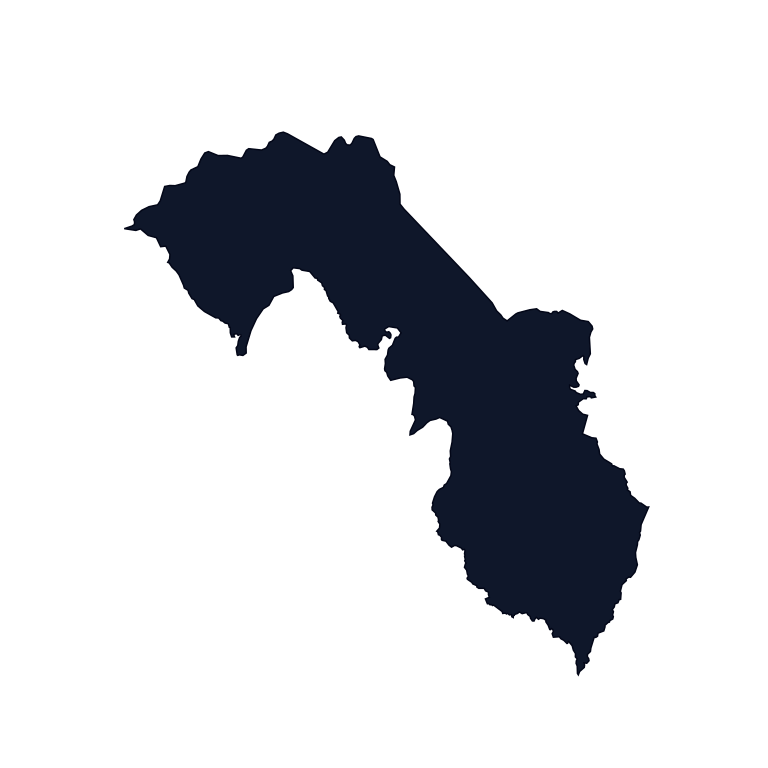 Motanasela, Berea, Lesotho (Mercator projection), rotated 194°
{"feature_id": "5366337B76858512274815", "entity_name": "Motanasela", "entity_type": "district", "adm_level": 2, "iso_a3": "LSO", "parent_name": "Lesotho", "parent_adm1": "Berea", "projection": "mercator", "projection_center": [27.805, -29.252], "detail": "fine", "context": "isolated", "style": "filled", "palette": "ink", "viewbox_px": 768, "rotation_deg": 194, "n_neighbors": 0, "source": "geoboundaries", "source_scale": "gbopen_adm2", "svg_char_len": 6158}
<svg xmlns="http://www.w3.org/2000/svg" viewBox="0 0 768 768"><g transform="rotate(194 384 384)"><path d="M474.5,607.7L477.5,607.1L479.4,608.1L481.5,611.0L485.2,613.4L487.5,612.3L490.7,608.2L494.7,595.3L497.9,592.5L538.1,603.4L542.6,604.0L546.5,602.0L549.2,599.5L550.1,594.9L551.3,592.7L553.8,590.7L554.6,586.4L555.7,584.2L559.4,581.4L572.2,579.6L574.1,577.5L575.9,570.1L577.2,568.5L591.2,567.9L600.2,565.5L610.6,567.0L613.8,564.8L616.0,558.1L617.2,549.8L623.1,545.0L624.3,542.5L625.4,537.7L625.1,532.2L625.7,530.9L634.6,525.9L639.8,524.8L644.6,522.6L645.4,507.6L647.0,503.1L654.9,499.2L661.2,493.9L665.1,488.1L666.5,483.0L665.2,480.9L664.8,478.3L666.7,476.3L673.6,471.9L661.9,473.0L657.8,475.6L648.8,471.1L640.2,470.9L633.9,463.2L629.1,465.0L623.0,457.9L622.3,453.4L623.3,449.7L621.7,449.5L617.8,446.0L613.0,443.4L609.3,440.3L602.5,431.5L601.0,428.8L596.8,427.5L595.4,424.9L590.9,420.4L588.6,420.1L583.5,414.7L575.8,410.9L563.3,407.5L560.4,408.1L557.5,406.0L555.7,406.0L553.0,404.7L549.6,404.8L547.8,401.6L546.9,401.7L545.5,396.5L543.2,392.8L540.4,393.5L541.9,395.7L539.8,396.9L538.8,397.0L537.3,395.9L535.7,397.1L534.6,396.9L534.2,395.9L535.3,394.3L535.7,390.2L535.2,385.9L536.2,383.3L533.5,376.8L532.8,376.4L531.5,377.3L527.8,377.6L525.2,380.7L526.8,386.6L526.0,403.6L523.5,416.6L519.4,427.7L514.7,432.5L512.1,442.3L504.5,447.8L498.9,450.6L496.5,453.2L495.4,455.6L498.6,466.9L502.0,471.3L500.2,474.8L493.6,475.6L491.2,474.6L483.3,475.2L476.5,470.2L474.4,470.4L473.4,468.7L468.9,467.1L467.5,464.5L465.0,463.2L464.7,461.3L462.8,460.6L460.0,455.8L458.7,455.0L458.3,453.6L456.2,451.3L452.9,450.4L446.0,443.2L446.0,441.5L443.9,441.3L442.8,440.4L443.3,439.1L442.4,437.5L439.2,435.6L439.5,433.9L438.7,431.9L435.7,433.0L434.6,432.1L434.5,429.4L432.6,424.7L429.5,422.9L428.7,420.3L425.2,418.2L422.2,419.4L419.5,418.9L416.9,416.2L417.1,414.1L416.2,413.4L411.7,416.1L409.0,415.6L407.0,413.8L399.2,415.7L397.7,417.7L399.3,420.0L399.7,421.6L397.3,426.4L397.4,430.3L394.5,431.7L389.7,429.6L388.8,430.5L389.1,433.3L390.2,434.8L392.0,435.9L393.6,435.0L395.0,435.1L396.6,436.6L396.5,437.7L393.3,440.9L384.6,441.6L379.8,437.8L381.3,433.0L383.2,432.5L384.2,431.0L385.2,423.6L387.9,419.9L388.2,418.0L387.6,413.0L388.9,408.2L387.6,404.1L387.1,398.8L386.3,397.1L384.2,396.0L382.3,392.7L378.4,389.2L369.7,393.8L363.2,396.2L357.4,394.9L355.8,393.5L354.4,389.4L352.7,388.3L351.6,382.4L351.7,378.7L350.5,372.4L349.5,361.3L348.2,361.3L346.6,360.2L344.8,356.7L347.1,344.5L346.5,340.9L343.2,343.0L340.5,347.0L336.0,351.5L333.1,356.7L330.5,359.8L325.0,362.6L321.9,365.0L313.4,363.3L311.9,360.5L308.7,358.7L306.8,355.7L305.3,352.6L303.9,344.1L303.5,335.1L301.8,329.8L302.4,327.1L300.8,323.9L300.8,322.5L299.0,318.0L297.4,315.2L296.9,311.2L299.2,302.5L301.1,300.5L301.3,298.1L304.8,295.1L306.4,292.5L307.7,286.8L308.1,280.1L307.1,278.5L307.6,276.1L306.8,273.5L302.7,271.3L302.1,269.4L299.3,267.8L298.1,265.0L298.2,263.7L295.9,261.6L295.3,257.7L297.2,253.9L296.2,253.7L294.7,250.9L293.5,250.9L291.1,249.3L290.7,247.2L289.9,246.4L285.9,246.5L282.0,243.4L279.0,242.0L276.6,244.3L274.8,244.7L269.2,243.5L267.6,242.1L266.0,243.0L265.1,242.1L264.8,238.6L263.8,237.5L264.2,236.5L262.7,233.4L262.9,232.0L261.0,229.9L261.5,229.2L261.6,225.6L258.7,223.3L257.1,219.7L255.6,218.0L256.4,215.7L255.8,214.7L250.8,212.8L249.5,211.5L245.2,210.8L244.7,209.4L242.6,208.7L237.4,210.0L235.4,207.9L232.2,207.3L231.8,205.1L230.2,202.5L233.6,200.0L230.5,195.8L229.3,196.3L227.7,195.4L226.4,196.0L225.2,195.3L224.1,196.0L214.3,191.8L213.3,190.1L210.9,191.0L209.5,190.5L208.4,191.4L206.5,190.3L204.4,191.1L203.7,189.1L202.1,188.7L202.5,190.3L201.6,191.0L201.5,192.0L198.9,193.7L197.5,195.6L194.4,194.6L190.8,196.5L189.8,196.4L188.8,195.1L185.9,193.8L185.2,192.2L182.7,190.0L181.1,190.3L180.6,192.9L179.7,194.4L177.2,193.1L175.8,194.6L172.4,194.9L169.7,193.9L169.4,192.4L166.3,189.6L163.8,185.9L162.9,186.0L162.5,187.2L160.8,186.7L159.8,184.7L160.4,182.4L158.4,179.3L152.7,181.2L150.7,179.6L147.5,178.8L143.7,176.5L143.1,176.8L143.1,178.7L142.6,178.9L138.1,175.6L135.9,171.6L133.0,168.8L132.3,165.5L130.0,164.0L130.4,161.8L130.0,159.4L128.3,157.1L126.3,150.0L125.1,148.8L124.6,152.4L121.1,157.5L121.4,159.9L122.5,161.8L119.7,162.1L118.1,165.1L119.0,167.1L120.6,168.5L121.2,170.8L119.0,174.4L119.4,177.9L118.8,189.0L117.2,189.4L115.8,190.9L116.1,194.0L111.0,197.6L110.8,201.9L111.3,203.2L108.9,206.8L107.7,207.5L107.6,209.1L105.2,211.3L105.2,213.8L106.3,215.1L106.3,218.6L107.9,220.4L106.6,223.4L106.8,226.5L104.1,228.3L103.7,231.6L102.3,232.3L103.4,238.7L104.5,240.0L104.5,246.9L101.3,251.8L102.0,253.4L99.8,255.9L98.0,256.1L95.0,262.2L94.4,269.9L97.7,276.6L99.2,281.3L99.2,289.2L99.8,292.4L99.0,294.5L98.8,299.4L100.1,301.6L99.5,303.3L100.5,309.8L97.4,328.7L99.3,328.1L105.9,330.6L107.5,330.3L113.1,333.8L117.7,335.6L119.2,339.0L122.2,340.1L122.2,341.9L124.4,344.3L125.0,346.0L124.3,347.6L128.4,351.6L128.8,353.7L128.2,354.9L129.8,357.9L131.3,359.3L134.9,358.8L141.2,360.3L142.6,359.7L143.8,361.6L152.5,364.3L157.8,368.2L159.5,372.5L162.9,377.4L162.9,379.4L165.2,382.7L169.4,382.1L179.4,383.7L178.9,402.8L183.9,402.8L188.8,405.4L192.3,409.2L190.5,410.9L191.0,413.3L187.2,417.9L184.2,418.6L183.9,420.7L180.5,421.7L179.5,420.7L175.4,422.6L176.8,424.0L177.0,425.5L178.7,426.4L181.8,425.7L185.3,426.7L187.5,426.3L188.2,422.5L190.8,421.5L195.4,422.2L196.8,423.4L201.9,424.0L203.0,425.4L203.6,427.8L199.1,426.8L196.8,427.4L194.7,428.8L194.5,430.3L198.2,433.6L199.0,436.1L198.2,441.2L199.3,442.8L202.1,444.4L204.5,448.2L204.5,450.1L203.7,451.9L204.1,454.0L200.8,456.1L197.8,459.7L196.7,458.9L196.1,456.1L193.8,452.5L192.1,451.9L192.1,458.6L191.1,463.2L196.0,479.0L195.8,484.5L194.8,487.9L196.1,490.5L200.9,494.0L208.7,493.4L220.7,497.0L228.8,498.5L232.3,494.9L234.0,496.2L236.1,495.7L237.5,494.9L238.3,492.9L240.2,492.4L241.6,493.1L250.1,492.2L254.1,493.9L260.5,491.3L271.3,485.4L273.0,483.9L279.8,475.0L284.5,476.7L287.4,479.3L292.4,482.2L298.7,488.9L326.9,507.8L406.8,558.5L412.0,562.5L414.5,572.0L421.1,583.4L425.0,588.8L426.3,597.1L431.5,598.2L434.7,600.8L442.8,603.4L453.7,618.6L455.5,619.2L468.6,618.6L471.0,617.3L472.3,615.1L473.3,610.1L474.5,607.7Z" fill="#0f172a" stroke="#020617" stroke-width="1.5"/></g></svg>